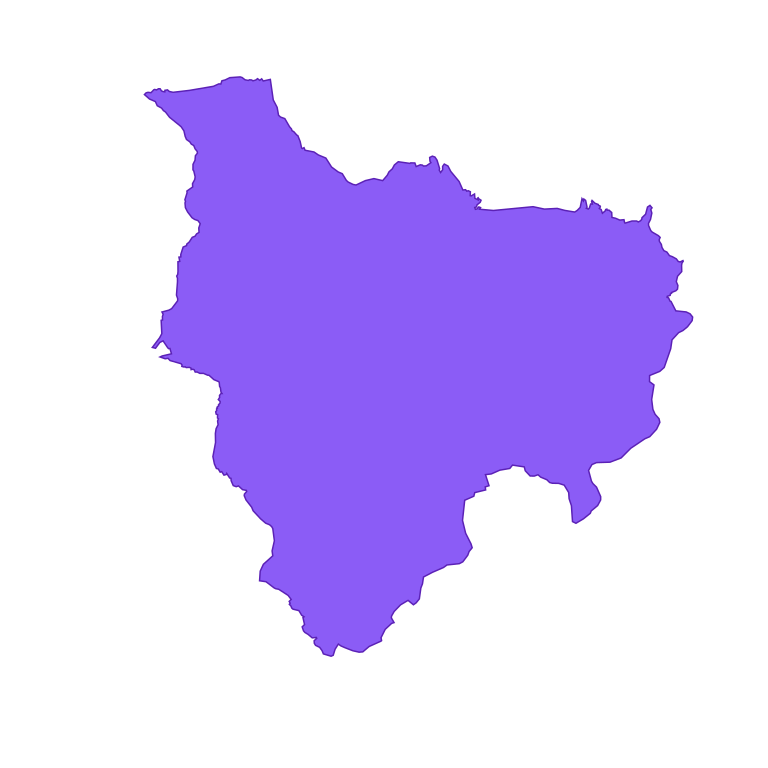 Camarzana, Satu Mare, Romania, rotated 101°
{"feature_id": "2599482B36340809154582", "entity_name": "Camarzana", "entity_type": "district", "adm_level": 2, "iso_a3": "ROU", "parent_name": "Romania", "parent_adm1": "Satu Mare", "projection": "albers", "projection_center": [23.295, 48.003], "detail": "fine", "context": "isolated", "style": "filled", "palette": "violet", "viewbox_px": 768, "rotation_deg": 101, "n_neighbors": 0, "source": "geoboundaries", "source_scale": "gbopen_adm2", "svg_char_len": 6167}
<svg xmlns="http://www.w3.org/2000/svg" viewBox="0 0 768 768"><g transform="rotate(101 384 384)"><path d="M660.0,382.1L653.7,381.4L648.0,379.2L649.3,376.4L650.3,372.0L651.8,363.7L652.0,357.3L651.0,353.7L644.5,348.5L637.0,337.9L636.4,337.4L633.6,338.5L624.6,336.0L617.5,330.8L616.3,328.6L612.1,332.2L610.3,332.3L605.3,330.6L597.6,325.6L591.8,319.1L595.1,313.0L592.7,310.7L588.2,308.3L577.2,308.9L572.8,308.1L565.9,308.4L559.6,300.5L552.8,290.6L549.6,287.6L546.0,275.8L543.5,272.7L536.1,269.1L532.2,268.5L527.9,266.2L524.3,268.1L514.9,275.4L502.9,280.9L482.7,282.6L477.0,274.4L473.3,274.2L468.6,264.0L465.7,265.0L463.8,261.5L453.6,267.1L451.8,261.5L446.5,253.9L442.9,244.4L439.1,242.4L438.6,230.5L442.2,228.8L446.4,223.0L445.7,218.9L443.7,215.5L445.5,212.5L446.9,205.9L449.1,202.6L449.3,199.9L448.2,193.5L448.9,187.8L455.3,182.0L461.3,180.4L467.7,176.8L483.1,172.7L484.1,169.0L478.3,162.5L471.5,156.8L469.1,156.4L462.6,151.1L456.5,149.2L453.2,149.8L444.7,155.7L441.9,159.9L439.8,161.8L429.8,166.7L423.4,164.5L420.6,160.4L417.6,147.2L411.3,137.1L400.0,129.5L388.0,117.5L385.0,113.1L376.4,107.8L369.0,105.9L365.6,107.4L362.0,112.1L357.6,115.2L348.1,118.3L333.4,118.8L331.0,123.8L325.0,124.9L319.0,115.7L314.3,112.1L294.7,109.3L285.7,109.7L277.4,104.6L274.5,100.8L269.9,97.0L263.0,93.6L259.4,93.8L256.7,96.9L255.6,101.1L256.5,111.5L248.2,118.0L248.0,119.1L245.1,121.1L245.0,122.6L243.9,122.7L242.4,120.0L241.1,120.1L239.9,119.0L239.4,119.3L236.8,115.3L234.9,114.0L231.2,114.3L227.8,116.6L222.2,116.4L216.8,113.2L210.8,114.5L208.6,114.6L206.4,113.7L205.8,114.1L207.7,116.6L207.6,118.5L205.4,120.9L204.0,125.2L203.5,128.3L200.5,131.5L199.7,134.7L196.9,137.2L194.0,138.4L191.5,140.8L190.0,141.4L187.4,140.9L186.0,143.0L183.7,149.7L182.5,151.4L178.0,154.5L175.9,155.0L171.6,153.8L165.1,153.7L161.8,155.4L159.9,154.5L157.9,157.0L160.0,159.1L167.4,159.6L171.5,162.5L173.1,162.4L174.8,163.3L176.4,165.3L175.8,167.1L176.7,171.7L180.0,177.9L179.9,178.5L176.9,179.8L178.1,183.8L177.1,188.4L177.0,192.0L172.2,193.2L170.4,196.3L170.8,198.1L169.8,198.6L170.4,199.7L171.9,199.9L174.7,202.2L171.3,204.1L170.7,206.1L168.8,205.4L167.9,206.0L167.7,207.5L166.9,207.9L166.3,211.4L164.1,214.8L165.1,215.1L167.6,213.8L167.9,215.5L172.1,216.0L173.3,216.9L172.9,218.9L171.7,218.4L165.3,221.1L164.3,223.1L166.2,223.2L164.3,225.0L173.2,225.1L176.8,227.5L178.8,229.6L179.1,239.6L178.6,247.5L181.7,259.9L181.5,271.5L192.8,309.7L194.2,323.6L192.4,322.9L192.1,324.7L194.4,326.1L195.1,327.6L193.4,328.6L192.5,326.9L190.5,326.9L187.2,324.2L185.1,323.8L184.0,326.5L183.2,327.1L183.6,327.5L185.3,326.8L184.4,330.2L180.2,331.4L182.7,334.3L182.7,335.3L178.8,335.9L178.2,338.1L178.9,339.6L177.7,341.0L178.5,343.6L170.9,348.9L162.6,359.0L157.8,362.8L156.6,366.8L159.2,368.0L162.5,367.3L165.6,368.8L163.5,370.6L161.9,370.5L154.1,374.7L151.5,377.3L151.1,380.0L152.9,382.4L156.5,381.4L157.8,380.2L161.8,384.1L162.5,386.9L161.8,388.0L161.9,390.2L164.4,393.9L161.1,395.9L161.9,400.1L162.5,400.7L163.1,412.4L167.0,415.6L171.2,416.9L174.8,419.6L178.4,420.6L184.6,424.1L184.3,433.1L187.9,441.1L194.0,449.4L194.0,452.4L192.6,457.7L191.3,459.8L185.5,465.1L184.6,469.4L181.0,476.9L173.3,484.2L171.7,492.1L169.6,497.0L169.6,506.1L167.3,507.6L168.4,509.0L168.1,509.9L161.9,512.6L156.6,516.0L156.3,517.1L153.5,520.7L152.9,522.6L151.3,523.5L149.5,525.8L142.4,532.0L141.7,536.5L140.3,538.8L132.8,541.7L126.3,546.9L106.7,553.7L109.6,560.4L107.8,562.3L109.6,563.9L108.4,566.4L110.1,567.9L111.4,570.5L110.8,572.0L111.1,574.2L111.9,575.1L111.9,578.4L110.2,581.8L110.0,583.8L112.7,593.8L115.8,597.9L117.3,601.0L120.7,601.4L120.9,603.4L124.3,608.2L132.9,631.0L137.9,646.7L137.8,650.6L136.6,652.6L137.5,655.1L139.0,654.9L139.1,656.7L138.7,658.4L136.9,660.1L137.2,661.7L138.7,663.4L138.6,665.3L139.1,666.1L142.5,668.3L142.7,671.3L143.6,673.1L145.6,674.4L149.0,668.6L150.4,662.3L154.1,659.7L155.6,655.0L157.7,652.7L158.7,650.4L163.1,645.4L170.1,632.3L173.7,628.7L178.9,626.4L181.7,624.5L183.3,620.9L185.3,618.9L186.2,616.3L189.2,614.3L191.4,611.7L193.0,611.2L195.9,612.7L200.4,612.2L204.8,613.4L210.2,612.4L211.3,611.3L216.7,608.9L219.4,608.8L223.9,610.2L227.1,609.4L232.2,614.3L233.9,613.8L241.1,614.6L242.7,613.7L244.2,613.9L248.8,612.6L252.6,609.6L257.4,604.2L258.6,601.3L259.1,597.8L261.7,595.0L266.2,595.6L270.5,594.5L272.4,596.6L275.0,597.7L276.6,600.2L281.8,602.3L284.3,604.3L285.8,604.2L287.9,607.3L295.6,608.2L298.0,607.7L298.6,609.5L302.6,607.9L303.3,609.6L312.8,607.7L315.7,607.4L317.6,608.1L319.6,606.9L323.3,606.2L336.3,604.7L339.8,602.7L341.8,602.5L350.5,606.8L352.5,609.2L355.7,615.7L357.7,614.1L360.1,614.4L363.4,613.6L364.0,614.9L377.0,611.7L381.5,613.1L392.3,618.4L392.5,615.1L386.0,612.0L383.8,609.1L389.8,603.1L390.4,602.0L390.0,600.9L394.9,598.4L398.8,607.1L400.2,609.0L401.0,603.6L400.0,600.9L401.8,598.5L402.8,587.1L403.9,585.9L405.3,585.8L405.5,583.5L405.0,582.5L405.6,581.3L404.8,578.2L405.3,576.4L406.7,576.1L406.0,574.5L406.2,573.1L408.3,571.6L407.9,569.7L408.7,566.8L408.0,563.3L409.0,558.8L408.8,557.5L412.2,551.8L413.2,546.8L413.7,546.1L417.8,544.9L418.9,543.9L423.0,542.5L424.2,541.3L424.3,542.1L426.6,543.3L428.6,542.8L430.9,543.7L432.4,541.5L433.9,541.3L436.1,542.5L436.9,542.1L438.7,543.5L439.5,542.9L440.3,543.6L442.0,543.2L443.4,543.9L445.6,543.0L445.8,541.5L449.1,541.0L449.7,539.9L452.1,540.3L455.6,539.1L459.9,540.3L464.7,540.1L473.6,538.2L487.9,538.1L494.9,535.2L498.9,532.4L499.0,530.5L501.8,528.0L501.0,526.6L504.0,523.7L502.9,521.5L501.8,521.3L505.7,517.6L505.8,516.2L508.1,515.6L512.5,512.6L513.0,509.5L511.8,507.4L514.7,502.7L514.7,498.8L515.7,498.3L518.7,500.0L520.3,499.9L524.2,497.3L530.2,490.4L533.4,488.3L539.9,479.4L543.2,473.6L544.0,469.5L545.4,467.1L547.1,465.6L558.8,461.7L569.2,462.0L573.9,460.4L584.0,468.0L591.3,469.8L600.9,468.6L600.6,462.1L605.1,453.0L605.6,451.3L605.6,448.2L609.8,437.8L613.2,434.0L615.5,435.6L617.1,434.3L618.3,434.9L619.8,432.9L621.5,431.9L622.4,430.4L622.7,424.3L626.7,420.7L627.8,418.1L628.7,419.0L635.3,416.1L638.0,418.0L641.7,415.9L643.0,414.2L644.2,410.9L646.9,406.0L645.7,402.1L646.4,401.5L649.4,403.6L651.9,402.9L653.6,401.3L654.8,396.9L657.6,393.9L660.5,392.0L661.3,384.0L660.0,382.1Z" fill="#8b5cf6" stroke="#5b21b6" stroke-width="1.5"/></g></svg>